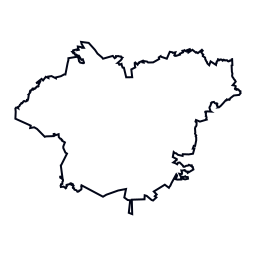 outline of Durango, Durango, Mexico
{"feature_id": "50627088B41619620230595", "entity_name": "Durango", "entity_type": "district", "adm_level": 2, "iso_a3": "MEX", "parent_name": "Mexico", "parent_adm1": "Durango", "projection": "mercator", "projection_center": [-104.689, 23.911], "detail": "fine", "context": "isolated", "style": "outline", "palette": "ink", "viewbox_px": 256, "rotation_deg": 0, "n_neighbors": 0, "source": "geoboundaries", "source_scale": "gbopen_adm2", "svg_char_len": 5667}
<svg xmlns="http://www.w3.org/2000/svg" viewBox="0 0 256 256"><path d="M67.6,63.1L65.4,74.5L64.2,74.4L60.9,76.2L55.9,77.4L55.9,78.3L51.5,76.1L48.2,76.6L48.4,78.0L45.8,76.8L43.1,80.4L41.6,78.9L36.1,83.2L39.9,82.2L38.3,85.5L38.5,86.3L38.1,86.6L36.8,86.6L36.1,87.5L35.9,87.5L35.4,88.0L35.4,88.4L34.8,88.8L34.6,88.5L34.0,88.8L33.4,88.6L33.3,88.9L33.0,88.5L32.5,88.6L32.1,89.3L32.2,89.8L31.1,90.2L30.8,90.8L30.5,90.7L30.4,91.0L30.1,91.0L29.9,91.7L30.3,92.2L29.7,93.2L29.3,93.4L29.0,94.2L28.5,94.6L28.8,94.8L28.2,98.8L27.7,100.2L26.9,100.0L26.7,101.1L25.8,101.4L25.2,101.5L24.1,101.0L23.5,101.3L22.3,103.1L21.8,102.9L21.3,103.1L20.8,104.1L19.9,104.8L19.7,105.7L19.0,106.4L17.9,107.0L18.2,108.2L17.6,107.8L16.1,107.6L15.4,108.5L15.7,111.7L15.4,118.7L30.7,125.6L30.2,128.0L34.2,127.3L37.0,128.9L44.8,136.8L45.9,136.4L53.7,136.1L53.7,134.0L54.6,133.9L55.2,135.3L58.6,134.2L58.8,137.1L60.2,138.7L61.0,138.8L62.0,139.9L61.7,140.2L62.0,140.7L64.9,142.4L63.3,146.4L63.3,148.0L65.4,152.6L67.0,153.6L61.2,165.1L60.8,165.4L62.4,177.3L60.8,176.6L60.2,176.7L60.2,177.4L60.4,177.8L61.0,178.0L62.9,179.5L63.0,180.9L62.4,181.8L62.3,183.9L61.0,184.3L61.0,184.9L60.6,185.6L60.9,187.0L63.6,186.6L64.7,187.5L65.1,187.6L65.7,188.3L66.2,187.9L66.3,186.6L66.8,186.2L66.5,185.6L66.5,185.0L67.3,184.6L68.4,184.6L69.2,184.1L70.3,184.1L70.5,183.3L71.0,183.3L71.8,183.7L71.9,184.7L72.8,184.3L72.9,184.5L72.1,184.9L73.3,185.3L73.6,185.6L72.8,187.4L72.9,187.9L74.1,188.3L74.0,188.9L74.5,189.7L76.5,190.3L77.4,191.7L78.3,191.6L79.1,191.1L79.2,190.6L80.4,190.2L81.4,189.2L81.5,187.3L81.2,186.3L81.5,185.3L103.0,196.7L106.4,194.7L118.2,190.5L126.0,189.0L124.3,197.5L127.7,200.0L130.2,200.3L128.8,212.8L132.2,214.1L131.8,199.7L144.5,199.3L144.7,195.3L146.7,195.9L151.6,200.0L153.1,200.5L156.4,197.4L154.8,196.2L156.7,194.5L153.8,191.5L164.8,184.7L168.9,187.8L169.5,186.7L170.3,185.8L171.5,183.1L176.3,174.3L176.9,175.1L177.1,175.7L175.7,179.2L177.2,179.6L181.2,179.5L181.1,178.6L181.7,178.5L185.1,179.4L188.0,178.7L187.8,177.1L185.2,176.8L185.1,176.4L183.6,177.0L182.6,176.9L181.1,177.1L179.4,173.8L181.7,174.2L182.1,173.1L181.4,170.5L182.3,170.6L184.5,170.1L184.9,170.7L185.3,170.6L185.4,171.0L186.1,171.3L186.1,171.6L186.4,171.8L187.7,171.6L187.8,172.8L193.4,169.5L192.8,167.2L192.5,167.2L192.5,166.8L192.0,166.6L191.9,166.2L191.3,166.0L191.6,165.4L191.2,165.3L190.6,165.6L190.4,165.3L189.7,165.3L188.9,164.8L188.0,165.6L186.2,165.8L184.7,166.7L183.7,166.8L183.2,166.5L183.2,165.9L179.7,162.5L178.1,162.7L177.2,164.3L175.4,163.2L173.3,162.5L176.8,159.8L176.8,159.1L172.8,157.0L173.7,152.0L175.1,153.2L176.2,153.3L177.9,154.8L182.6,155.9L182.8,154.2L188.8,154.4L193.0,153.7L194.4,148.5L192.8,148.6L193.8,145.8L195.1,145.9L196.2,140.3L196.2,137.4L195.7,136.3L196.2,135.4L195.6,134.8L195.0,133.5L195.3,132.8L195.0,128.3L195.6,126.6L196.1,126.3L196.5,125.3L196.6,122.7L195.5,121.6L196.0,120.0L199.9,121.6L206.7,119.6L206.2,118.7L206.6,117.9L206.5,117.3L206.3,116.6L205.8,116.1L206.1,115.7L205.8,114.3L206.0,113.1L205.4,112.6L205.2,111.9L205.4,111.6L207.3,111.4L211.0,111.6L210.7,111.4L210.2,110.8L210.3,110.3L209.5,108.0L209.5,107.3L210.5,105.6L211.0,104.0L211.8,102.7L211.5,102.6L211.8,102.3L213.9,101.9L214.8,103.1L216.3,103.6L216.8,103.3L217.3,103.8L217.0,104.3L217.3,105.4L216.9,105.4L217.0,105.8L217.4,106.2L217.7,106.9L218.4,107.1L218.1,107.4L219.0,107.3L220.9,105.7L223.3,103.1L225.7,100.3L226.1,100.5L226.5,100.4L226.6,100.1L227.1,99.9L227.1,99.6L227.5,99.8L228.2,99.5L228.3,99.7L229.5,99.8L230.3,98.2L233.8,95.5L239.2,94.9L240.6,93.1L240.3,92.4L240.5,91.8L240.4,91.2L239.7,91.1L238.4,89.5L237.7,89.2L236.8,89.0L237.3,89.6L236.8,89.9L235.1,89.2L234.9,88.7L235.5,87.5L235.7,86.2L234.4,85.5L232.7,85.2L235.7,81.6L234.9,80.1L234.0,79.2L233.2,77.8L232.7,77.3L232.1,75.9L232.4,73.6L231.9,71.7L231.6,65.5L232.4,65.2L232.1,59.2L231.7,59.3L231.6,60.5L230.1,60.4L229.8,61.0L228.3,61.4L227.8,61.1L227.7,60.8L227.3,60.7L227.1,60.3L225.8,60.2L225.1,60.5L224.4,60.1L224.0,60.2L223.9,59.8L223.4,59.7L222.5,60.6L221.8,59.8L220.9,59.4L219.0,60.4L218.7,60.3L219.0,59.8L219.0,59.6L218.4,59.4L218.5,59.9L217.9,59.8L217.4,61.0L216.8,61.4L216.6,63.0L216.2,63.1L216.0,64.9L210.6,61.4L209.2,65.2L207.5,63.6L206.9,62.4L207.0,62.1L206.0,60.8L205.7,59.8L205.3,59.5L205.1,57.6L202.8,56.1L202.9,55.5L202.7,54.7L203.1,54.5L201.1,52.1L202.7,50.7L201.9,49.8L197.9,53.1L196.6,52.2L196.0,52.7L192.4,49.8L188.3,52.6L187.9,51.6L189.1,50.9L188.8,50.5L190.1,49.7L189.8,49.1L186.7,50.3L185.8,50.9L185.8,51.1L184.4,50.2L183.6,51.3L182.9,50.7L182.4,50.8L182.9,52.4L179.8,53.7L180.0,54.6L176.6,55.7L175.7,55.5L175.6,55.9L175.0,55.9L174.3,55.4L175.4,52.3L172.9,52.9L172.4,52.3L169.8,51.8L166.8,58.7L160.7,56.6L160.6,56.2L158.8,57.4L159.2,59.0L153.1,62.4L148.1,62.5L147.1,61.6L143.5,61.0L143.7,62.6L142.4,62.3L142.5,60.9L139.2,62.3L138.8,62.6L139.0,63.1L138.4,63.3L137.6,64.7L135.3,62.5L134.7,63.0L134.9,65.8L135.3,67.4L131.3,69.4L132.2,77.2L126.2,77.3L123.9,67.7L122.6,67.6L121.9,65.7L121.5,63.9L120.7,64.3L120.3,64.2L119.9,64.7L119.3,64.8L118.3,62.9L117.7,62.9L120.9,60.1L121.8,58.9L121.7,58.3L122.4,57.6L121.2,57.1L121.0,56.5L119.2,56.4L118.1,56.0L117.7,56.2L116.0,56.1L115.9,57.4L114.7,58.2L112.8,55.9L103.0,58.7L102.0,57.4L97.5,53.6L95.0,49.9L88.7,42.9L81.1,41.9L81.6,43.9L83.9,47.8L81.9,47.8L80.9,47.0L77.8,46.5L77.9,47.4L78.3,47.5L78.0,47.9L78.4,49.5L78.7,49.5L78.8,49.8L77.8,50.0L78.0,49.6L77.7,49.2L73.2,50.3L73.0,50.9L73.2,52.0L72.4,52.0L73.3,53.2L74.4,52.7L74.9,54.5L75.4,54.7L75.4,54.9L75.7,55.0L76.2,54.7L76.6,55.3L77.2,55.2L77.6,55.7L78.9,55.7L81.4,59.9L82.8,59.3L84.0,62.7L83.8,63.1L83.0,63.2L80.2,62.6L79.0,61.1L78.5,58.0L77.7,57.4L77.4,56.7L68.4,58.2L68.4,60.0L67.6,63.1Z" fill="none" stroke="#020617" stroke-width="2"/></svg>